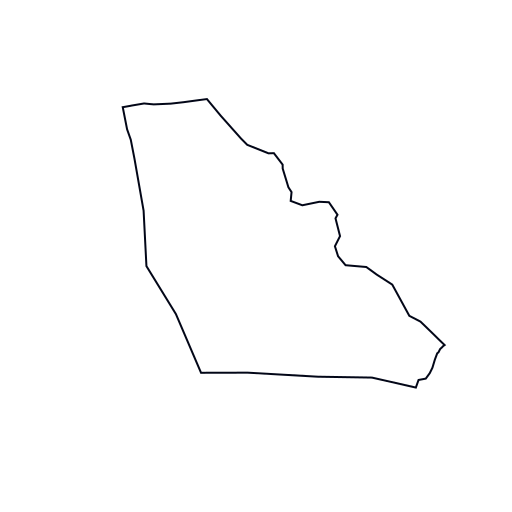 outline of San Miguel Coatlán, Oaxaca, Mexico, rotated 327°
{"feature_id": "50627088B89719266159733", "entity_name": "San Miguel Coatlán", "entity_type": "district", "adm_level": 2, "iso_a3": "MEX", "parent_name": "Mexico", "parent_adm1": "Oaxaca", "projection": "robinson", "projection_center": [-96.66, 16.169], "detail": "fine", "context": "isolated", "style": "outline", "palette": "ink", "viewbox_px": 512, "rotation_deg": 327, "n_neighbors": 0, "source": "geoboundaries", "source_scale": "gbopen_adm2", "svg_char_len": 943}
<svg xmlns="http://www.w3.org/2000/svg" viewBox="0 0 512 512"><g transform="rotate(327 256 256)"><path d="M302.8,119.1L300.3,97.6L278.9,87.5L267.5,81.8L252.9,73.2L250.2,71.1L245.2,67.1L241.7,65.6L233.4,62.0L233.1,61.9L232.8,61.8L225.7,58.8L225.5,58.7L225.3,58.6L216.9,79.5L214.3,90.3L206.9,108.6L186.4,156.8L158.6,204.8L157.2,261.1L146.3,324.0L185.6,349.4L242.1,390.9L287.0,421.1L318.4,453.4L324.8,448.5L331.6,451.3L337.9,448.9L343.1,445.8L349.6,440.3L355.0,436.3L356.5,436.2L359.8,434.3L362.3,433.9L363.8,433.5L365.7,433.4L365.1,430.9L364.6,428.8L363.5,424.0L363.3,423.0L360.5,410.6L358.2,400.6L352.0,389.7L354.7,354.2L347.1,337.3L342.5,325.3L326.1,312.5L324.7,300.9L327.5,290.8L337.3,285.1L343.2,267.7L346.8,265.8L346.4,250.6L338.6,245.0L322.5,238.7L315.1,228.7L320.6,221.8L320.6,216.0L322.6,209.1L326.0,197.2L328.1,193.9L327.0,179.5L322.4,176.7L309.2,158.0L307.4,149.3L302.8,119.1Z" fill="none" stroke="#020617" stroke-width="2"/></g></svg>